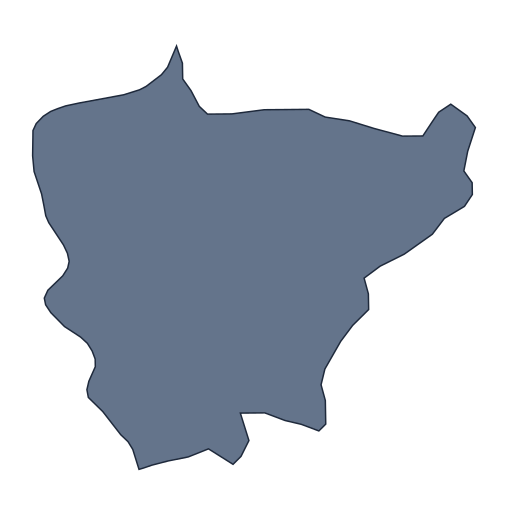 Rinsan, Hwanghae-bukto, North Korea (Natural Earth projection), rotated 89°
{"feature_id": "82179303B26506354510144", "entity_name": "Rinsan", "entity_type": "district", "adm_level": 2, "iso_a3": "PRK", "parent_name": "North Korea", "parent_adm1": "Hwanghae-bukto", "projection": "natural_earth1", "projection_center": [126.038, 38.316], "detail": "fine", "context": "isolated", "style": "filled", "palette": "slate", "viewbox_px": 512, "rotation_deg": 89, "n_neighbors": 0, "source": "geoboundaries", "source_scale": "gbopen_adm2", "svg_char_len": 1309}
<svg xmlns="http://www.w3.org/2000/svg" viewBox="0 0 512 512"><g transform="rotate(89 256 256)"><path d="M202.4,467.1L212.1,465.5L219.1,462.6L241.6,448.3L250.0,444.5L258.1,442.9L264.8,444.5L272.5,449.6L286.6,464.7L294.4,468.4L301.1,467.2L309.1,462.1L323.2,448.7L334.0,432.8L340.4,426.1L348.1,421.5L356.2,418.6L363.9,418.6L378.3,425.3L386.7,427.4L394.5,426.1L408.9,411.9L432.4,394.3L439.4,387.2L447.2,382.6L467.3,376.7L466.1,372.4L463.3,363.7L459.4,347.5L455.7,327.2L448.0,306.9L455.9,294.8L463.9,282.6L456.1,274.5L440.4,266.3L412.8,274.4L413.0,250.0L421.0,229.8L425.1,213.6L432.0,196.2L425.3,189.2L401.7,189.2L385.9,193.2L370.2,189.1L342.8,172.8L327.1,160.6L311.5,144.3L295.8,144.3L280.0,148.3L268.3,132.0L256.7,107.7L237.3,79.3L221.7,67.0L210.0,46.7L198.3,38.6L186.5,38.6L174.6,46.7L155.0,42.5L131.4,34.4L119.6,42.5L107.6,58.6L115.4,70.8L119.9,74.0L127.1,79.0L138.9,87.1L138.7,107.4L130.5,135.8L122.5,160.1L118.3,184.4L110.3,200.6L110.1,224.9L109.9,245.2L113.5,277.6L113.3,302.0L105.4,310.1L89.5,318.1L77.7,326.2L61.9,326.2L50.0,330.2L44.7,331.8L65.7,341.1L73.1,347.4L84.5,362.9L87.8,369.6L92.5,385.5L99.9,429.9L102.6,443.7L105.2,451.7L107.9,458.8L112.6,466.3L119.7,473.4L126.7,476.8L133.9,477.0L151.9,477.6L167.7,476.4L190.2,469.3L202.4,467.1Z" fill="#64748b" stroke="#1e293b" stroke-width="1.5"/></g></svg>